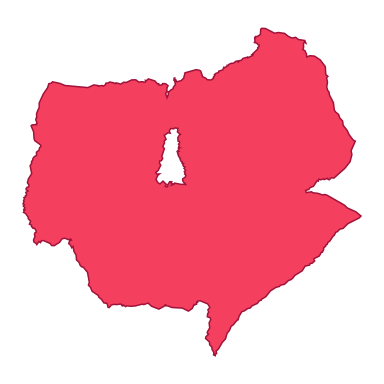 Magelang, Jawa Tengah, Indonesia (Mercator projection)
{"feature_id": "22746128B50341569898666", "entity_name": "Magelang", "entity_type": "district", "adm_level": 2, "iso_a3": "IDN", "parent_name": "Indonesia", "parent_adm1": "Jawa Tengah", "projection": "mercator", "projection_center": [110.25, -7.514], "detail": "fine", "context": "isolated", "style": "filled", "palette": "rose", "viewbox_px": 384, "rotation_deg": 0, "n_neighbors": 0, "source": "geoboundaries", "source_scale": "gbopen_adm2", "svg_char_len": 5844}
<svg xmlns="http://www.w3.org/2000/svg" viewBox="0 0 384 384"><path d="M355.3,141.2L353.1,140.0L349.1,134.6L347.1,130.3L343.2,125.4L342.6,121.0L339.8,118.0L338.6,114.5L335.5,111.9L334.3,109.9L333.4,102.6L329.6,95.3L329.0,92.0L327.7,90.4L326.7,87.0L327.5,82.3L326.6,77.8L327.9,76.3L325.8,74.6L325.3,66.6L320.2,59.9L314.5,56.1L309.8,55.7L306.8,57.0L306.5,54.2L304.9,50.6L302.8,49.6L303.6,47.5L303.5,43.7L304.3,42.2L305.8,43.1L304.8,40.5L298.4,39.5L295.6,37.3L292.7,38.0L290.9,37.6L288.1,36.2L284.6,33.4L278.4,32.5L274.6,33.2L265.4,28.5L261.9,28.3L260.7,29.2L260.4,34.4L257.4,36.5L255.5,36.5L254.8,37.5L255.3,38.1L254.7,38.4L255.0,41.1L254.4,42.5L256.9,43.2L258.0,44.7L259.0,44.8L259.2,46.2L257.7,47.7L257.9,48.7L256.6,50.2L252.8,53.7L253.2,54.5L251.8,54.8L252.4,55.7L248.4,57.4L247.7,57.1L247.6,57.8L246.5,57.4L242.8,58.5L241.5,60.2L238.4,60.9L238.6,61.8L237.7,61.9L237.3,61.0L235.6,61.4L233.4,63.3L231.1,63.3L228.4,64.7L227.8,65.6L227.1,65.4L227.0,66.1L224.8,67.7L223.9,67.2L222.7,69.9L218.7,71.2L218.5,72.5L215.8,73.4L214.4,74.7L214.9,75.3L213.3,77.2L213.5,78.4L210.9,80.0L207.2,79.7L205.8,78.2L202.6,76.7L200.8,71.2L199.6,70.3L196.0,69.7L185.0,72.8L183.7,78.1L181.1,80.7L176.5,81.8L175.9,79.9L174.8,79.1L174.8,78.0L174.1,78.1L173.9,80.3L174.8,81.3L175.4,84.5L173.3,87.3L173.2,88.7L170.6,90.1L169.2,91.7L168.2,91.7L168.3,94.6L167.1,97.7L165.6,93.5L166.8,91.8L167.0,87.8L168.1,85.8L165.8,83.8L164.4,83.6L162.6,83.6L162.6,84.3L161.1,85.2L158.8,84.9L158.7,83.7L157.5,83.8L154.8,80.9L148.4,78.9L146.7,80.4L145.6,80.4L146.0,80.8L145.3,82.2L141.9,81.7L138.8,82.1L135.8,79.8L131.7,79.9L126.5,82.4L123.5,82.3L120.8,84.1L116.0,82.8L115.5,83.6L114.6,83.5L113.7,82.8L109.8,82.0L107.7,83.1L106.0,83.1L105.3,84.8L103.4,86.1L102.1,85.5L98.4,86.1L98.3,85.6L93.8,84.9L87.9,87.6L65.0,85.5L59.9,83.4L52.5,81.8L51.2,83.2L48.8,83.7L47.6,87.7L43.4,93.8L39.2,102.9L39.2,107.4L37.1,112.0L36.5,114.3L36.8,117.6L36.1,118.0L35.8,119.7L37.0,123.0L36.2,124.0L36.6,124.6L32.1,124.9L31.1,125.8L33.6,131.8L34.1,138.9L34.8,140.7L40.3,144.7L41.1,146.2L39.6,147.7L38.9,150.3L36.4,152.2L36.6,155.3L34.1,156.8L32.9,158.6L32.7,160.1L31.5,161.6L31.6,163.5L30.1,165.7L31.7,173.6L28.4,178.9L27.4,182.7L29.0,185.1L28.6,186.8L26.9,187.4L26.0,188.7L26.3,190.0L27.6,190.3L27.9,191.2L25.8,192.4L26.6,194.6L26.2,195.7L25.4,195.8L25.2,197.1L23.9,197.5L24.4,198.8L23.5,200.9L24.1,201.5L23.0,203.8L24.4,204.8L23.3,206.0L24.9,207.6L24.2,208.6L25.0,209.7L23.7,209.9L24.1,211.5L23.5,212.4L25.5,213.4L28.2,217.2L28.2,218.7L30.6,221.2L29.4,224.2L31.5,225.1L31.4,226.3L33.0,228.3L34.5,228.2L36.1,230.7L36.2,232.2L35.0,232.8L34.4,234.4L35.0,236.4L33.5,240.0L33.9,242.0L36.0,243.3L36.8,244.6L38.9,241.6L40.5,242.6L41.5,240.7L43.5,240.6L50.0,243.4L51.6,245.5L54.2,245.7L59.7,242.2L61.9,238.9L64.8,238.2L68.3,239.6L70.8,239.1L71.4,240.1L69.6,240.8L68.7,243.6L70.4,245.0L71.8,247.8L73.1,246.5L73.9,251.3L76.1,255.2L76.5,260.0L79.0,262.3L80.2,265.4L81.8,266.9L83.3,267.2L87.5,272.3L89.3,282.3L88.4,285.2L90.4,287.2L92.2,291.4L98.2,295.4L98.9,297.3L101.4,299.3L103.9,302.9L107.0,303.4L108.1,307.4L109.3,307.5L111.3,305.0L113.7,304.4L116.6,304.6L120.8,304.0L122.2,305.9L123.0,305.8L123.2,304.9L125.6,306.6L127.1,305.8L130.7,306.3L135.4,305.9L142.5,304.1L143.7,304.6L148.1,303.1L151.6,306.3L158.9,309.1L163.7,306.5L165.9,304.3L165.3,305.8L167.7,305.9L171.9,307.5L182.4,308.1L188.4,311.1L192.2,308.5L194.1,304.5L194.6,304.9L196.6,304.2L196.5,303.1L197.5,302.3L196.9,301.9L198.0,301.0L200.3,300.8L207.7,303.9L209.9,307.4L207.9,309.8L208.7,312.2L207.7,313.6L207.3,316.8L210.0,317.6L210.8,319.6L209.1,322.8L209.7,327.9L207.3,332.0L207.4,333.3L208.5,334.2L205.9,336.8L205.5,338.4L209.4,341.9L209.7,344.8L211.9,347.2L212.0,349.4L213.8,352.4L213.6,354.9L215.2,355.7L215.5,353.9L216.6,353.6L216.2,350.9L218.4,349.1L222.2,342.5L225.5,338.9L227.1,333.3L229.4,330.5L231.1,326.4L233.3,324.8L237.0,320.2L238.1,319.9L239.1,316.2L241.8,311.7L244.3,310.9L247.8,308.5L250.2,308.0L252.1,305.8L257.4,303.4L259.3,300.7L261.1,300.3L261.8,299.1L265.8,296.7L270.3,291.0L276.0,287.3L279.1,286.6L280.8,285.1L284.5,284.3L288.5,280.5L291.1,279.6L293.0,277.9L294.7,275.5L302.2,270.8L305.1,266.1L309.6,265.1L310.2,263.5L312.4,263.1L314.7,260.9L313.8,259.7L313.9,258.7L319.3,256.0L321.3,252.4L322.4,252.2L323.7,249.4L323.6,247.8L325.6,246.3L325.7,245.2L327.2,244.3L327.9,242.4L329.7,241.2L333.4,235.7L334.2,235.4L335.7,232.3L337.5,231.6L339.7,229.2L343.1,228.4L348.0,223.6L359.3,217.9L361.0,216.0L355.7,211.7L347.0,207.8L344.7,205.3L326.7,195.0L324.3,194.5L322.9,195.0L317.8,193.3L313.0,192.8L311.5,191.8L306.2,192.6L305.6,190.4L308.8,189.5L310.1,187.6L313.4,186.3L317.2,180.7L318.3,181.1L318.7,179.2L320.6,179.8L323.4,178.9L324.1,179.6L327.6,178.3L328.0,179.3L329.2,179.8L331.5,177.7L333.9,178.1L344.7,168.5L350.1,161.7L351.9,154.6L351.1,150.7L355.3,141.2ZM174.5,127.9L178.0,128.4L177.4,131.9L180.4,134.5L179.4,134.9L177.8,137.6L178.1,141.2L179.3,141.4L179.7,142.7L178.5,144.2L179.3,144.9L178.7,146.9L179.7,147.5L178.5,147.5L178.4,148.5L179.0,148.4L178.6,150.2L177.4,151.1L178.6,151.6L177.4,152.0L177.8,154.0L178.5,154.5L178.2,155.3L179.6,157.9L180.4,158.2L180.1,159.3L181.1,161.3L182.4,162.1L181.9,163.0L183.5,163.7L182.8,164.7L183.4,166.2L185.0,167.0L184.0,168.4L185.6,170.5L184.3,171.6L185.1,172.9L184.6,174.0L185.8,175.0L185.3,177.1L182.8,178.7L182.6,180.1L183.3,181.8L186.3,185.0L184.7,184.2L181.2,184.4L174.7,183.1L174.3,184.0L171.7,185.0L172.7,183.6L170.8,182.7L171.5,181.7L169.7,181.7L167.8,184.7L167.5,186.8L166.5,186.8L165.2,186.4L166.4,184.4L163.0,181.1L160.0,183.9L157.8,182.6L156.0,179.3L157.8,175.3L159.5,173.9L156.8,174.1L155.7,172.5L158.1,170.6L160.8,165.1L159.5,163.3L159.7,160.9L161.4,160.7L162.7,158.5L161.8,156.3L164.4,148.6L162.8,146.5L164.5,143.0L164.3,140.9L166.1,139.3L164.3,135.4L168.1,132.7L170.2,133.2L169.3,130.9L170.6,128.6L173.8,128.8L174.5,127.9Z" fill="#f43f5e" stroke="#9f1239" stroke-width="1.5"/></svg>